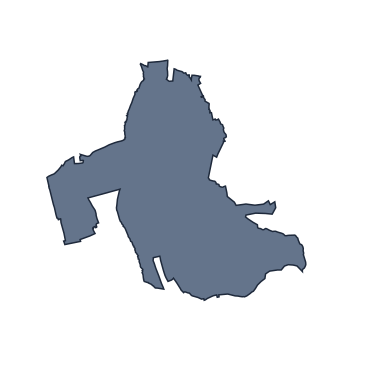 outline of Suplacu De Barcau, Bihor, Romania, rotated 298°
{"feature_id": "2599482B91018668857272", "entity_name": "Suplacu De Barcau", "entity_type": "district", "adm_level": 2, "iso_a3": "ROU", "parent_name": "Romania", "parent_adm1": "Bihor", "projection": "orthographic", "projection_center": [22.507, 47.235], "detail": "fine", "context": "isolated", "style": "filled", "palette": "slate", "viewbox_px": 384, "rotation_deg": 298, "n_neighbors": 0, "source": "geoboundaries", "source_scale": "gbopen_adm2", "svg_char_len": 5985}
<svg xmlns="http://www.w3.org/2000/svg" viewBox="0 0 384 384"><g transform="rotate(298 192 192)"><path d="M173.6,326.8L174.4,326.3L175.3,326.1L176.2,326.2L177.7,326.9L180.3,326.8L181.5,326.5L183.4,325.3L189.0,319.7L189.7,319.6L190.6,319.2L192.3,317.7L194.5,316.7L195.9,315.3L196.6,314.2L196.9,313.5L196.8,311.7L197.0,311.3L199.6,308.2L200.9,307.1L201.2,305.9L202.1,304.0L202.2,303.0L198.9,297.3L197.7,295.8L197.1,294.6L197.8,292.4L197.7,290.7L196.8,286.4L196.6,284.3L195.8,282.8L195.0,281.8L194.9,281.2L194.6,278.5L194.6,275.3L194.5,274.6L194.2,274.0L192.5,273.1L192.0,272.3L191.8,271.5L191.9,270.2L191.8,269.4L191.3,268.2L191.2,267.5L191.4,266.7L193.8,265.1L193.9,260.2L194.5,254.3L195.1,251.0L197.0,250.5L203.2,258.1L207.5,266.9L210.1,273.2L217.4,273.3L222.2,269.7L217.6,267.0L220.1,263.6L214.9,260.9L209.9,253.8L206.7,245.3L200.9,237.2L202.9,234.2L204.6,225.3L207.6,223.2L212.9,218.8L212.2,218.0L210.6,216.8L210.3,216.2L210.0,214.5L210.0,213.4L211.2,212.2L211.0,210.7L210.5,209.7L211.7,208.6L212.2,207.1L211.6,205.4L211.0,202.7L211.0,201.5L211.7,200.8L212.1,199.8L234.4,193.2L234.3,197.4L237.8,197.0L250.8,196.5L251.6,195.9L252.0,196.8L252.3,197.3L252.7,196.9L253.7,195.1L254.1,194.9L254.6,195.0L255.6,195.9L256.8,196.4L258.5,195.2L258.9,194.5L259.5,192.9L260.4,191.6L262.2,190.2L263.4,190.1L264.8,188.2L265.5,187.7L265.7,186.8L265.6,185.4L265.8,185.0L266.7,184.3L268.8,181.1L267.7,180.4L267.2,179.9L266.7,178.9L267.3,178.2L265.5,176.6L271.2,171.9L271.2,171.7L270.9,171.1L270.3,170.7L271.0,170.0L271.8,170.1L272.1,169.9L272.7,169.1L272.9,168.8L272.8,168.2L273.7,168.0L274.1,167.3L274.7,167.3L275.7,166.7L277.9,165.8L278.3,165.0L278.1,164.3L278.3,163.7L278.2,162.8L278.4,160.7L279.5,160.3L279.9,159.9L280.1,159.1L280.9,157.9L281.8,157.2L281.0,157.0L280.0,155.8L280.4,155.3L281.8,156.6L289.2,147.0L292.0,148.6L293.4,146.3L294.5,145.3L295.8,144.9L297.3,145.4L298.1,145.2L297.8,144.4L297.5,144.3L297.3,143.7L297.5,143.3L296.1,139.2L295.1,137.2L291.5,138.3L290.6,138.8L291.2,137.7L291.6,137.2L292.5,135.6L292.4,135.4L293.8,134.8L294.1,134.4L294.0,134.2L293.3,134.0L293.0,133.6L293.2,131.9L294.3,130.5L293.8,130.0L293.1,128.9L293.2,128.1L293.5,127.7L293.5,127.3L293.6,126.4L293.4,126.0L292.5,121.6L292.7,120.0L292.4,118.4L281.0,122.9L279.1,120.0L279.1,118.9L279.4,117.6L279.5,116.5L280.8,116.3L280.9,116.5L283.3,115.9L286.8,113.9L289.3,112.1L291.9,111.2L296.9,108.8L296.9,108.5L296.7,108.4L293.9,104.8L291.8,101.9L285.8,92.5L281.7,94.2L281.6,93.7L281.8,91.8L281.3,90.8L281.4,88.5L281.3,86.4L280.6,86.4L279.1,88.4L276.1,91.5L275.2,92.9L273.4,93.5L272.6,94.3L271.2,94.8L270.7,95.6L270.3,95.7L270.3,95.3L269.5,96.9L268.7,96.5L267.8,96.8L266.1,96.0L265.0,95.7L262.6,95.7L258.9,96.4L257.6,95.7L255.9,95.5L255.7,95.7L255.7,96.2L255.1,96.3L254.5,96.0L254.0,94.8L253.4,94.8L252.7,95.0L251.5,95.8L247.1,96.1L242.6,96.9L239.5,97.1L235.4,97.7L233.9,97.7L231.7,98.2L231.0,98.0L230.6,98.8L230.4,98.8L229.7,98.8L228.8,98.3L228.7,98.4L229.0,99.0L228.8,99.4L226.1,100.2L225.3,100.7L224.6,100.4L223.7,100.8L223.0,100.4L222.6,100.7L222.5,100.3L222.1,100.1L222.0,100.4L222.1,100.6L220.6,101.0L220.0,101.5L218.8,101.2L218.0,102.0L217.0,102.3L216.1,103.0L214.2,103.4L213.6,104.3L211.3,105.7L210.6,106.4L209.3,107.1L208.8,107.6L208.4,107.3L207.3,107.9L206.6,107.4L206.2,107.5L205.4,107.0L203.9,105.7L201.3,102.7L199.3,100.7L194.8,96.7L190.7,93.9L182.8,87.4L180.3,85.8L176.6,85.0L175.9,84.7L174.9,83.7L174.3,82.8L174.0,81.8L172.8,75.8L172.3,76.5L171.6,76.9L170.9,76.3L169.7,76.7L167.2,78.6L168.7,80.8L168.8,81.3L166.9,82.0L166.3,81.8L163.8,78.3L161.9,74.9L167.4,71.0L166.3,70.1L162.3,67.9L159.5,65.9L157.1,66.0L154.6,65.8L154.5,64.4L152.8,64.4L148.7,63.6L144.1,62.1L142.9,61.5L141.2,60.0L138.7,58.1L136.7,57.1L129.8,63.1L129.6,63.0L128.3,64.1L127.3,65.3L115.9,75.5L113.7,77.8L108.2,82.5L105.6,85.0L105.8,85.9L105.7,86.1L104.8,86.9L104.8,87.1L105.0,87.4L105.7,87.6L106.6,88.4L106.6,88.7L103.5,90.7L95.5,98.3L89.6,103.1L88.4,101.7L88.0,102.1L88.0,102.3L85.9,104.4L96.1,116.8L97.5,115.5L105.3,122.5L109.8,125.9L111.6,123.2L112.9,121.7L113.4,122.1L114.2,121.3L115.6,122.2L115.9,122.5L115.3,123.0L115.2,123.5L115.4,123.8L116.1,124.3L116.6,124.2L117.9,122.8L118.7,122.6L119.2,122.6L120.9,124.0L124.0,120.5L126.4,118.3L127.6,117.6L129.9,115.5L130.5,114.8L132.9,110.4L135.3,106.9L136.5,104.8L137.9,102.9L160.7,127.1L158.7,127.4L150.5,129.6L145.4,131.7L142.6,132.7L140.7,134.0L139.8,135.2L133.9,140.8L132.3,142.7L132.2,143.7L130.9,145.1L130.3,147.0L129.4,147.3L129.4,147.9L128.6,149.9L123.4,156.2L122.7,156.6L121.6,159.0L119.7,161.0L119.7,162.1L119.4,162.7L118.7,163.5L118.3,163.7L118.2,163.9L117.2,165.1L116.8,165.6L116.9,166.2L115.9,166.9L115.6,167.9L115.1,168.5L114.3,168.6L113.8,169.0L113.5,169.6L112.3,170.4L111.7,172.1L111.4,172.4L110.4,174.5L109.5,174.3L109.3,174.5L108.8,175.2L107.6,176.0L107.8,176.5L107.1,177.4L105.6,178.1L103.5,180.5L102.2,181.2L101.4,182.2L100.6,184.8L100.2,185.1L99.2,184.9L99.0,185.5L98.2,185.9L97.7,185.7L97.3,185.8L96.7,186.8L95.8,187.7L93.1,189.5L92.2,190.4L91.9,190.4L90.6,191.8L91.2,195.2L91.5,195.7L91.5,196.1L91.2,196.3L91.4,199.6L91.1,200.2L91.1,200.7L90.8,201.5L91.0,201.9L90.9,202.3L90.5,202.9L90.3,204.0L90.0,204.6L90.9,206.5L93.0,212.7L94.3,211.3L96.8,208.1L102.2,202.2L107.8,195.7L111.4,192.0L113.1,189.9L115.9,188.7L120.2,193.7L119.0,194.8L116.9,196.4L109.1,203.8L105.7,207.3L104.2,209.2L101.8,212.8L104.7,215.3L106.4,216.0L107.2,216.1L105.6,219.3L104.4,221.6L101.1,227.3L100.3,228.4L99.2,231.9L100.1,232.1L100.6,232.8L101.0,235.7L101.5,237.3L100.6,239.5L100.4,240.8L101.7,246.9L101.9,250.7L103.3,252.5L102.1,253.6L103.0,254.4L105.3,255.6L109.8,259.0L110.6,259.7L112.7,262.1L110.9,263.7L112.1,265.1L113.8,264.0L118.2,270.7L118.7,271.5L120.5,278.8L121.8,281.7L122.2,283.2L123.1,285.6L123.8,286.6L124.1,287.6L125.9,289.1L129.7,291.0L131.6,291.7L133.2,292.8L136.4,293.3L140.6,293.5L145.4,295.0L149.8,297.0L154.2,295.4L158.6,297.7L163.2,304.0L165.0,307.4L170.0,308.4L173.0,311.1L175.0,315.6L176.0,319.4L173.6,326.8Z" fill="#64748b" stroke="#1e293b" stroke-width="1.5"/></g></svg>